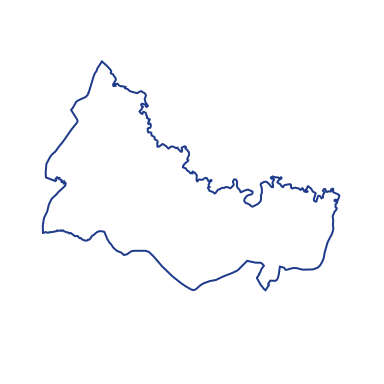 the district of Huai Thap Than, Si Sa Ket, Thailand, rotated 110°
{"feature_id": "78962969B1477833386417", "entity_name": "Huai Thap Than", "entity_type": "district", "adm_level": 2, "iso_a3": "THA", "parent_name": "Thailand", "parent_adm1": "Si Sa Ket", "projection": "mercator", "projection_center": [104.011, 15.032], "detail": "fine", "context": "isolated", "style": "outline", "palette": "blue", "viewbox_px": 384, "rotation_deg": 110, "n_neighbors": 0, "source": "geoboundaries", "source_scale": "gbopen_adm2", "svg_char_len": 6058}
<svg xmlns="http://www.w3.org/2000/svg" viewBox="0 0 384 384"><g transform="rotate(110 192 192)"><path d="M226.8,60.6L223.7,52.6L222.6,50.8L219.8,47.8L217.0,46.5L213.3,45.8L209.1,45.6L203.8,46.6L194.2,47.3L192.0,47.3L183.2,46.1L178.4,46.5L174.3,48.5L170.4,49.5L167.2,51.3L166.0,51.5L161.7,51.3L159.6,50.4L157.7,50.4L157.3,51.8L154.6,52.9L152.5,52.0L151.7,52.0L151.4,52.7L151.8,54.4L151.3,55.2L150.7,55.2L150.3,54.8L149.5,52.1L145.2,52.2L144.7,52.6L144.2,54.2L144.0,58.0L143.5,59.6L142.8,60.2L141.7,59.9L140.8,60.6L141.0,61.4L141.7,62.1L144.2,61.9L144.7,64.0L145.7,65.0L145.8,65.7L145.4,66.3L143.7,67.8L144.0,68.9L145.8,69.5L146.1,69.3L147.2,67.4L149.9,67.8L152.4,67.1L153.6,68.2L152.1,70.2L152.0,71.1L152.4,72.0L153.3,72.2L157.8,71.9L158.2,72.3L158.6,72.2L158.8,73.0L158.5,74.3L156.9,75.1L150.9,75.3L150.6,75.9L150.4,78.0L149.5,79.7L148.1,81.1L146.9,84.9L147.4,85.2L149.7,85.2L150.9,85.9L151.2,85.7L151.9,83.6L152.2,83.6L152.9,84.4L153.1,86.7L150.9,88.9L150.7,89.7L151.2,90.0L152.3,90.1L152.9,90.9L152.1,93.1L152.6,94.8L152.5,96.1L153.4,97.8L154.1,98.4L154.4,99.3L154.0,100.4L151.4,101.5L151.1,102.6L153.6,107.1L154.9,108.1L155.9,107.9L156.4,108.5L155.7,110.3L154.6,111.3L154.3,112.5L154.3,113.5L153.7,115.0L152.7,115.1L150.4,114.1L149.0,112.7L148.2,112.7L147.8,113.0L147.8,113.5L149.2,114.6L148.9,116.2L149.7,118.7L149.8,121.5L151.0,122.6L151.8,122.7L152.4,121.7L151.8,120.1L152.0,119.4L152.6,119.2L155.8,119.6L157.9,118.1L159.6,117.6L160.1,118.2L160.1,119.0L158.4,121.7L157.1,124.7L157.0,125.7L157.7,127.7L159.1,128.7L160.3,130.0L161.7,130.0L164.4,127.8L168.6,126.1L171.8,126.0L174.3,124.9L177.1,124.4L180.3,125.7L184.3,129.2L185.1,130.2L185.1,131.2L184.1,133.7L183.8,136.5L184.0,137.6L182.7,139.7L181.9,140.1L180.1,140.2L177.0,139.1L175.2,137.4L174.3,135.8L173.3,134.9L171.9,134.8L170.9,135.3L170.6,139.6L170.9,140.8L172.5,142.9L175.5,145.9L175.5,146.3L174.1,147.5L172.1,151.0L170.7,151.9L167.3,153.0L166.1,153.8L165.3,155.1L165.7,156.6L167.3,157.1L168.4,157.1L169.4,156.2L171.2,155.2L174.6,156.7L175.3,157.3L175.4,161.0L175.8,161.9L177.3,163.3L177.6,164.9L179.0,166.3L179.6,166.5L180.8,168.3L184.7,169.5L185.6,170.1L184.9,172.4L184.9,176.0L183.9,176.9L182.7,178.5L181.5,178.1L181.2,177.4L180.6,178.3L179.5,178.9L176.4,178.7L175.0,177.6L174.2,177.9L174.4,178.6L175.9,179.3L176.2,179.9L176.0,180.5L173.9,182.8L174.0,183.9L174.5,184.6L176.8,186.3L177.3,187.3L177.7,189.4L178.9,190.4L180.0,190.4L180.2,190.9L179.1,191.9L174.8,193.1L173.0,195.6L172.6,198.4L173.4,198.6L174.3,198.0L175.0,200.0L173.9,201.6L173.4,203.9L172.0,205.9L171.9,209.0L170.6,209.2L169.7,209.1L167.3,208.2L164.2,206.4L163.4,206.4L163.4,206.9L162.6,207.8L158.2,207.4L155.6,208.6L154.9,210.1L154.1,210.6L153.5,212.8L152.8,213.3L152.1,213.0L151.6,213.3L151.6,214.6L153.7,216.7L154.4,216.7L156.6,215.3L157.7,215.5L157.9,215.8L157.9,216.3L156.2,219.9L155.3,220.8L156.2,222.0L155.8,224.8L156.1,226.6L157.2,227.8L158.8,228.5L159.2,229.1L157.9,231.7L156.9,235.8L157.3,236.4L158.8,237.2L160.8,238.6L161.1,240.1L159.8,240.4L158.6,241.3L157.0,241.2L155.7,242.2L155.1,245.2L153.7,245.7L153.1,246.3L152.7,249.3L150.3,250.5L150.2,251.6L150.9,253.4L150.3,254.2L147.5,255.3L147.1,255.1L145.9,253.3L144.9,253.1L143.4,253.5L142.1,254.4L142.1,255.1L143.0,256.0L142.2,256.9L139.2,256.5L138.2,256.6L138.2,257.0L138.7,257.7L137.8,258.2L137.7,259.8L135.9,260.4L135.5,261.2L134.2,261.8L133.4,262.6L133.2,264.3L133.4,265.2L134.2,265.5L135.4,265.2L135.7,265.7L135.6,266.7L134.4,268.8L133.7,268.8L131.7,267.6L130.1,267.8L128.9,267.2L128.6,267.4L128.5,268.6L128.0,269.1L127.4,269.6L126.4,269.4L126.1,269.1L125.8,266.2L126.2,265.5L127.4,264.6L127.6,263.8L126.2,262.9L123.3,266.6L120.8,268.3L117.3,268.2L116.4,268.8L115.4,270.1L115.1,272.3L114.5,273.8L115.9,275.9L117.9,277.2L118.5,284.8L117.3,287.7L117.4,290.3L117.2,290.6L116.0,290.5L116.4,292.2L116.3,293.7L116.9,294.5L117.0,295.7L116.7,297.3L115.7,299.1L116.7,299.9L116.6,300.7L116.8,301.2L117.9,301.5L118.6,300.5L119.3,302.0L118.5,302.7L117.2,302.9L112.9,301.9L111.5,302.4L108.4,306.6L108.3,308.7L107.9,309.1L106.2,309.2L105.2,310.2L102.8,314.6L100.1,321.3L108.4,323.2L111.1,323.1L113.8,323.9L116.8,324.0L133.7,323.1L134.5,323.4L135.0,323.1L136.5,323.3L139.1,324.4L144.4,329.8L146.6,331.6L153.2,332.7L156.3,333.6L163.3,324.6L164.7,323.7L166.1,323.8L174.4,326.6L189.0,330.5L195.2,332.7L200.4,334.1L205.1,336.6L208.0,337.4L215.5,338.4L224.0,336.1L228.3,334.2L228.4,324.3L227.8,324.2L227.5,323.6L227.3,323.6L226.7,324.4L226.1,324.6L224.3,323.9L224.2,323.4L224.9,322.6L224.2,321.4L225.3,321.2L225.3,318.7L226.0,318.2L226.1,317.5L226.8,318.2L227.2,317.9L227.2,317.3L225.6,315.8L226.0,315.3L227.8,315.3L227.7,314.9L226.7,314.5L227.0,313.7L227.8,313.8L228.7,313.3L229.6,313.4L234.9,316.0L237.1,317.3L240.6,318.6L246.3,321.5L250.4,322.0L252.7,322.2L259.9,321.4L267.0,322.2L274.7,320.7L281.4,318.0L280.8,316.9L279.7,315.9L279.6,313.6L279.1,312.7L278.3,312.1L278.2,311.1L276.0,307.3L275.0,305.6L274.2,305.5L274.1,304.1L273.2,302.4L273.3,301.5L272.5,301.1L272.5,300.5L272.2,300.0L272.7,299.1L272.6,297.2L272.8,296.1L272.4,294.5L272.9,293.2L272.0,292.0L273.5,286.9L272.5,284.4L273.7,282.2L273.8,281.7L273.3,280.9L274.2,279.0L274.2,276.3L273.9,274.7L273.2,273.8L272.4,273.4L272.3,272.7L271.4,272.0L270.4,271.5L267.8,271.1L265.5,269.4L262.7,267.9L261.3,266.7L260.1,264.7L259.4,261.1L259.7,260.5L265.0,255.7L267.6,252.6L268.9,250.0L271.1,247.1L272.4,244.1L273.2,241.3L273.0,240.6L273.2,237.5L274.5,234.4L272.8,231.8L268.5,228.8L267.0,226.2L263.1,215.4L263.1,211.9L265.6,206.2L272.0,194.8L277.9,181.6L281.3,171.5L282.8,165.7L283.9,159.2L283.7,157.4L283.2,156.2L281.7,154.9L276.4,152.0L273.8,149.8L269.7,144.9L266.4,139.3L260.8,133.9L254.5,126.7L250.7,122.9L249.4,122.0L237.8,116.6L236.7,108.2L235.0,103.4L235.3,101.7L236.7,99.2L241.0,100.5L244.0,100.4L246.3,101.1L246.7,100.6L250.3,101.7L250.9,101.3L255.9,95.5L258.7,90.8L259.2,89.3L253.0,87.9L252.4,89.0L248.5,88.1L247.1,83.7L246.5,82.8L245.2,82.1L242.8,81.9L239.5,82.3L232.1,83.9L231.6,79.8L233.0,77.7L233.0,76.9L229.0,71.2L228.4,69.9L227.6,66.7L227.3,62.3L226.8,60.6Z" fill="none" stroke="#1e3a8a" stroke-width="2"/></g></svg>